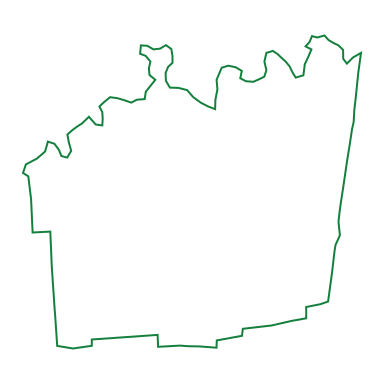 Xavantina, Santa Catarina, Brazil
{"feature_id": "56859067B40030649265518", "entity_name": "Xavantina", "entity_type": "district", "adm_level": 2, "iso_a3": "BRA", "parent_name": "Brazil", "parent_adm1": "Santa Catarina", "projection": "albers", "projection_center": [-52.319, -27.015], "detail": "fine", "context": "isolated", "style": "outline", "palette": "green", "viewbox_px": 384, "rotation_deg": 0, "n_neighbors": 0, "source": "geoboundaries", "source_scale": "gbopen_adm2", "svg_char_len": 1685}
<svg xmlns="http://www.w3.org/2000/svg" viewBox="0 0 384 384"><path d="M73.0,348.5L91.8,345.8L91.8,339.5L157.6,334.9L158.1,346.8L180.2,345.6L187.7,346.2L199.2,346.4L216.5,347.7L216.8,340.4L242.0,335.8L242.8,328.8L271.5,325.5L291.0,321.0L306.2,318.3L306.2,307.0L320.4,304.2L328.1,301.5L332.2,271.4L334.5,251.3L335.5,245.0L339.9,235.3L338.5,221.8L339.7,210.9L340.8,202.9L342.2,193.9L344.1,181.4L346.5,164.7L347.6,157.6L349.6,145.4L350.8,137.4L352.0,129.4L353.7,121.7L354.3,110.0L355.8,97.2L358.3,72.5L361.0,52.9L353.1,57.4L346.9,63.6L343.2,58.7L343.1,49.9L338.5,45.4L333.4,42.9L328.5,40.0L324.5,35.5L317.3,37.5L312.0,36.1L309.6,41.9L305.6,46.4L311.4,49.4L308.5,56.4L304.8,64.2L303.4,75.3L295.7,77.6L292.4,72.2L289.6,66.4L285.6,61.5L281.6,57.9L277.6,54.1L272.9,50.9L266.4,52.9L264.4,61.5L266.4,70.2L264.3,76.7L259.2,79.2L253.3,81.8L245.8,81.2L240.3,78.2L241.8,70.9L235.8,67.3L228.3,65.7L221.7,67.7L216.6,79.8L217.4,89.4L215.4,99.8L215.1,109.1L208.2,106.5L200.8,102.7L193.3,97.2L187.1,90.1L178.5,87.9L169.9,87.6L165.9,80.8L165.6,73.0L168.1,66.9L172.5,62.8L172.5,56.0L171.3,49.0L165.9,45.1L160.2,48.6L153.5,49.4L147.3,45.8L140.9,45.4L140.1,53.8L145.6,55.8L150.4,61.5L148.9,68.3L149.5,75.0L155.3,79.8L150.4,85.9L145.8,91.7L144.7,99.1L137.0,99.7L131.2,102.6L125.2,100.5L117.5,98.2L110.1,97.2L104.1,102.1L99.4,106.5L102.3,112.2L102.7,119.0L102.3,125.4L95.7,124.5L88.9,116.8L82.2,123.3L77.4,126.4L72.5,130.0L67.4,134.5L68.9,142.6L71.2,150.8L67.2,157.6L61.4,156.0L59.1,150.2L54.5,143.8L47.9,141.6L45.1,151.5L36.9,158.6L25.9,164.4L23.0,173.0L28.3,176.3L31.1,199.4L32.6,232.5L50.3,231.6L51.8,266.9L54.6,308.6L55.3,317.6L57.2,345.9L73.0,348.5Z" fill="none" stroke="#15803d" stroke-width="2"/></svg>